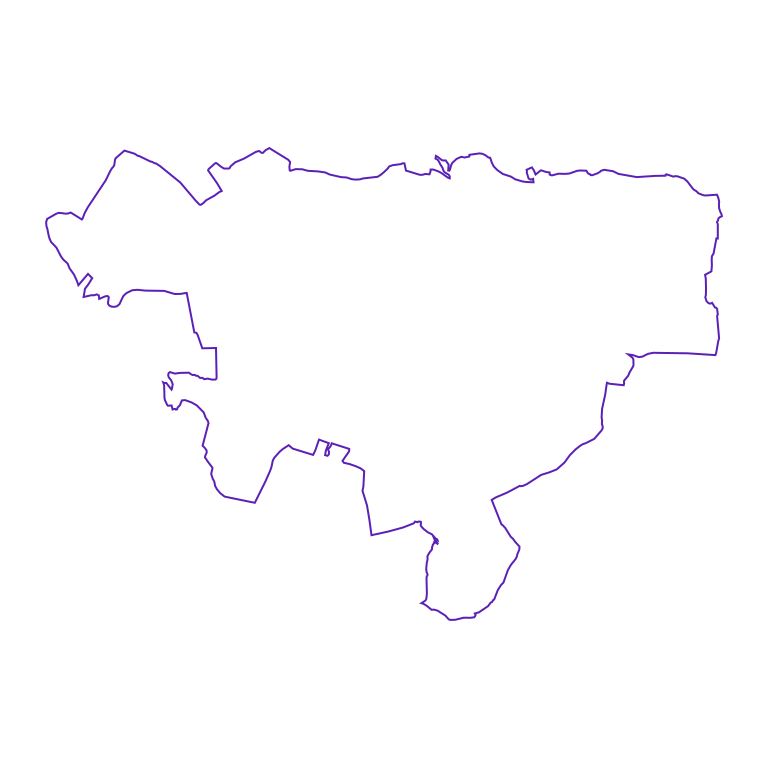 outline of Coroisanmartin, Mures, Romania
{"feature_id": "2599482B84151777050895", "entity_name": "Coroisanmartin", "entity_type": "district", "adm_level": 2, "iso_a3": "ROU", "parent_name": "Romania", "parent_adm1": "Mures", "projection": "mercator", "projection_center": [24.59, 46.392], "detail": "fine", "context": "isolated", "style": "outline", "palette": "violet", "viewbox_px": 768, "rotation_deg": 0, "n_neighbors": 0, "source": "geoboundaries", "source_scale": "gbopen_adm2", "svg_char_len": 6093}
<svg xmlns="http://www.w3.org/2000/svg" viewBox="0 0 768 768"><path d="M712.1,302.8L710.8,303.5L709.4,303.5L708.1,302.8L706.5,301.1L705.3,297.3L705.9,294.8L706.0,288.2L705.8,278.8L705.1,274.8L711.4,271.4L711.9,265.6L711.7,259.8L711.9,256.2L713.6,253.4L716.4,238.4L717.8,238.5L717.8,224.3L717.0,222.0L718.1,220.2L718.3,218.8L718.7,218.2L719.5,217.4L721.9,216.2L721.6,214.5L720.1,211.4L719.1,208.1L718.9,203.6L719.2,201.7L718.2,197.5L716.9,194.7L705.4,195.5L703.0,195.1L698.4,193.3L696.3,191.1L694.0,189.8L692.7,188.5L687.4,181.5L684.3,178.7L677.7,176.4L675.5,176.1L673.3,176.6L666.5,174.3L665.7,174.8L665.5,175.7L655.1,175.9L636.7,177.1L618.5,173.9L613.0,171.2L604.1,169.8L601.0,170.8L599.9,171.9L597.3,173.4L592.3,175.2L590.6,175.1L590.4,174.4L588.0,173.4L586.4,170.7L580.5,170.5L577.2,170.8L569.4,173.5L565.0,173.9L558.5,173.7L551.9,175.4L549.7,174.6L549.7,172.5L546.3,172.0L540.9,170.3L535.6,174.5L533.9,170.4L531.9,167.4L526.6,169.8L526.9,170.9L526.8,172.7L528.6,178.5L530.8,179.7L533.1,178.8L533.5,182.3L526.2,182.0L522.3,181.4L515.2,179.3L510.9,176.6L502.9,174.0L497.5,170.2L493.7,166.4L491.9,162.8L490.2,157.8L488.4,157.5L485.4,155.2L482.4,153.8L479.5,153.4L469.4,154.8L469.3,156.5L464.6,157.5L461.2,156.8L456.6,158.9L452.4,162.8L451.1,165.2L450.0,169.6L449.3,170.7L448.2,170.5L448.6,164.6L445.7,160.4L443.1,160.5L441.5,159.9L437.6,156.8L435.9,155.9L435.5,158.6L437.6,159.7L439.1,161.8L440.0,163.9L442.4,167.6L443.4,170.5L444.4,172.1L448.5,174.6L449.4,175.6L449.9,177.4L449.7,178.4L447.8,177.6L441.4,173.0L438.0,171.2L433.1,169.5L430.6,169.5L430.5,171.4L429.5,174.3L425.1,174.0L422.5,174.8L419.8,174.8L406.0,170.6L404.4,163.3L402.5,163.3L401.0,164.1L392.6,165.2L389.5,166.3L388.5,167.2L387.9,168.4L383.9,172.2L380.6,174.9L377.6,176.8L363.3,178.4L359.6,179.4L355.3,179.6L351.4,179.1L346.7,177.5L340.9,177.1L329.6,174.5L325.4,172.5L317.9,171.4L307.7,170.8L302.4,169.3L295.8,169.1L290.3,170.8L289.7,170.3L289.4,166.7L290.1,162.0L288.3,159.8L269.3,148.1L265.7,150.1L262.7,153.0L261.4,152.7L259.1,151.0L256.0,151.8L244.0,158.6L235.2,162.3L230.5,166.4L229.8,167.9L229.0,168.5L223.9,168.5L220.9,166.6L217.1,163.6L216.0,163.0L215.0,163.4L208.6,169.1L208.1,170.4L217.2,183.4L221.7,191.0L219.2,192.1L214.4,195.7L206.2,200.2L203.1,203.3L200.8,204.8L199.5,204.6L195.9,200.9L180.3,182.5L159.7,165.8L155.9,163.4L155.1,163.4L151.5,161.6L150.6,161.6L139.5,156.2L137.6,155.7L134.6,153.7L124.4,150.6L115.7,158.2L115.0,159.7L114.3,165.0L113.4,166.7L112.0,168.2L110.2,171.1L105.8,180.2L87.8,207.3L84.8,212.8L82.4,219.0L81.9,219.5L70.8,212.6L68.3,213.4L66.1,213.7L58.8,212.8L56.1,213.8L47.2,218.9L46.1,222.1L46.5,226.4L47.4,229.0L48.6,235.3L49.5,238.5L51.1,242.0L56.4,247.6L61.2,256.8L63.4,259.7L67.6,263.5L69.6,268.4L74.1,274.7L77.1,281.4L78.4,285.2L88.0,273.9L92.2,278.1L88.6,284.0L85.0,288.8L83.6,297.0L91.5,295.2L93.9,295.3L96.8,294.4L98.8,295.4L99.2,298.9L105.3,296.3L107.6,296.0L108.8,297.2L108.0,302.6L108.2,304.1L109.3,305.6L111.7,306.7L114.5,306.8L116.9,306.3L119.5,304.1L123.1,296.4L125.1,294.2L127.1,292.7L132.4,290.2L137.7,289.8L145.2,290.6L164.2,290.9L174.7,294.0L180.4,293.9L186.7,292.9L194.3,332.4L196.5,332.9L197.7,335.1L202.3,348.3L216.0,348.0L216.6,377.4L216.4,378.7L215.6,379.5L214.7,379.6L212.0,379.6L207.7,378.6L204.3,379.2L202.5,377.9L200.1,377.9L197.5,375.8L196.1,375.8L194.8,374.9L192.6,375.0L190.6,374.0L189.0,372.7L180.2,372.9L174.8,373.6L170.0,372.1L168.8,372.9L168.3,374.2L168.2,375.2L168.7,377.3L171.1,380.2L172.5,383.6L172.7,384.4L171.9,388.8L171.5,389.6L166.3,383.0L164.4,383.0L163.2,382.4L164.1,384.9L164.5,398.3L165.0,400.2L167.1,404.8L167.9,405.7L171.6,405.5L172.6,409.5L174.5,408.9L175.3,409.0L175.9,409.6L177.1,409.3L177.6,407.6L179.9,405.2L181.9,400.4L185.1,400.1L191.5,402.4L196.7,405.3L203.7,412.4L205.7,417.8L207.9,421.0L208.5,423.2L202.6,445.7L204.8,447.9L206.6,450.5L206.7,452.5L205.1,456.2L205.0,457.4L208.3,462.3L212.4,467.6L212.5,468.1L211.3,473.3L211.3,474.4L212.7,478.6L214.3,481.6L215.1,485.9L216.9,489.2L220.3,493.2L224.6,496.6L254.8,502.8L265.2,481.9L270.2,470.6L271.5,466.8L272.7,461.0L273.4,459.3L274.6,457.4L279.7,451.7L283.0,448.9L288.7,445.2L292.7,448.6L313.1,454.9L315.3,450.4L319.0,439.6L328.8,443.2L325.9,450.4L325.1,455.1L327.5,455.8L328.8,454.5L329.0,452.9L328.9,451.4L328.2,450.0L328.3,448.7L329.6,447.6L331.1,445.2L331.7,443.3L349.2,448.9L349.2,451.2L342.5,460.9L343.9,462.8L349.7,464.1L355.7,466.2L360.5,468.3L364.2,471.1L363.4,486.4L362.5,490.8L367.0,505.4L369.4,519.8L371.5,535.2L388.4,531.5L403.0,527.5L413.8,523.3L415.0,521.6L417.6,522.2L418.3,521.6L419.8,521.6L420.8,521.8L421.0,522.9L420.7,524.7L420.8,525.8L423.4,528.8L427.7,532.2L431.9,534.3L435.5,538.4L437.2,539.4L437.5,540.2L434.0,538.2L434.7,539.9L437.7,543.3L437.4,543.8L434.8,541.5L434.1,542.1L434.8,542.8L432.9,544.5L432.0,547.7L431.9,549.5L429.6,552.4L427.7,555.6L427.4,556.9L427.6,559.1L426.7,563.5L426.2,569.4L426.7,572.5L427.5,574.2L427.4,575.3L426.7,576.6L426.5,578.5L426.9,593.4L426.4,598.7L425.4,600.6L421.4,603.2L423.6,603.9L426.7,605.8L431.6,609.8L433.9,609.6L437.5,610.6L445.4,615.6L448.7,619.3L450.1,619.9L455.2,619.8L463.7,617.7L470.3,617.8L474.1,617.3L475.0,616.4L475.6,615.0L474.8,613.5L478.8,612.4L488.1,606.1L490.6,602.7L492.1,601.9L493.0,600.3L494.2,599.4L497.9,589.9L501.3,584.7L503.4,582.7L507.9,570.1L510.9,564.9L515.7,558.9L516.9,556.4L517.3,554.3L519.3,549.6L519.5,546.6L515.6,542.3L512.8,538.6L510.7,536.7L505.3,528.0L502.7,525.2L501.4,524.3L491.7,499.9L495.8,497.4L507.1,492.6L519.7,485.9L520.6,486.2L522.9,485.9L527.1,484.0L541.1,474.9L549.2,472.4L556.7,469.4L564.4,462.6L570.0,455.0L575.7,449.3L580.0,445.9L582.5,444.3L585.9,443.1L594.2,438.9L601.5,430.5L602.7,428.3L602.5,425.5L601.9,424.1L602.1,420.3L601.6,417.5L602.1,408.8L605.2,394.6L606.7,384.0L607.1,382.7L609.2,383.7L623.7,385.2L624.1,383.6L624.0,380.8L628.2,375.7L629.5,372.5L633.1,366.4L633.5,365.0L633.4,359.8L633.0,358.5L632.2,357.5L628.2,354.4L632.9,355.1L638.7,357.1L642.2,356.7L648.1,353.8L653.4,352.8L687.5,353.3L715.4,355.1L716.2,352.8L718.3,340.9L719.1,338.4L717.1,316.0L717.8,314.5L717.1,308.8L716.1,307.7L715.0,307.5L712.1,302.8Z" fill="none" stroke="#5b21b6" stroke-width="2"/></svg>